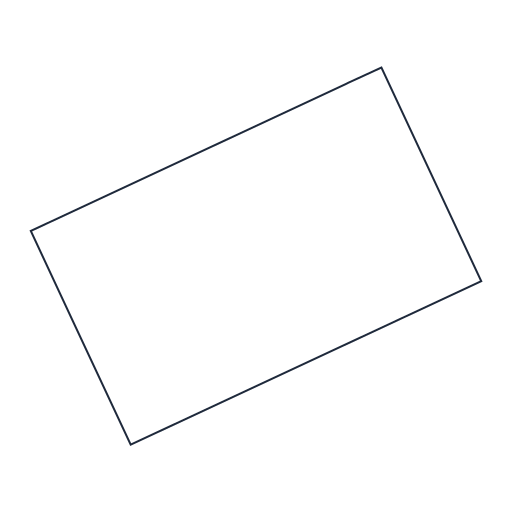 Dallam, Texas, United States of America (Robinson projection), rotated 335°
{"feature_id": "52423323B63824106950713", "entity_name": "Dallam", "entity_type": "district", "adm_level": 2, "iso_a3": "USA", "parent_name": "United States of America", "parent_adm1": "Texas", "projection": "robinson", "projection_center": [-102.699, 36.278], "detail": "fine", "context": "isolated", "style": "outline", "palette": "slate", "viewbox_px": 512, "rotation_deg": 335, "n_neighbors": 0, "source": "geoboundaries", "source_scale": "gbopen_adm2", "svg_char_len": 280}
<svg xmlns="http://www.w3.org/2000/svg" viewBox="0 0 512 512"><g transform="rotate(335 256 256)"><path d="M79.9,138.1L62.5,138.1L62.5,234.6L62.5,235.0L62.7,374.0L449.5,374.0L449.3,138.2L413.0,138.0L410.6,138.1L79.9,138.1Z" fill="none" stroke="#1e293b" stroke-width="2"/></g></svg>